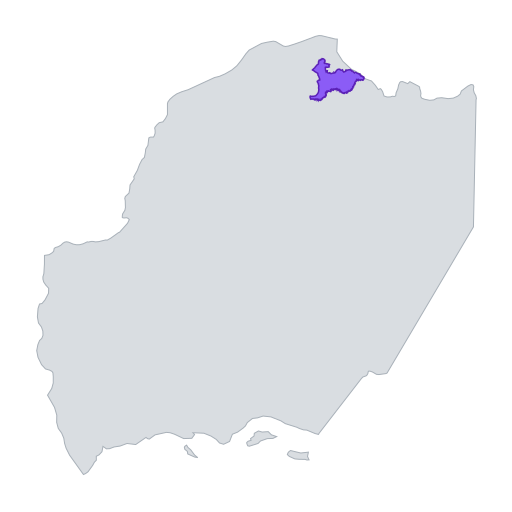 Kasulu, Kigoma, United Republic of Tanzania (highlighted), rotated 91°
{"feature_id": "72390352B21750015500578", "entity_name": "Kasulu", "entity_type": "district", "adm_level": 2, "iso_a3": "TZA", "parent_name": "United Republic of Tanzania", "parent_adm1": "Kigoma", "projection": "orthographic", "projection_center": [30.484, -4.434], "detail": "fine", "context": "in_parent", "style": "filled", "palette": "violet", "viewbox_px": 512, "rotation_deg": 91, "n_neighbors": 0, "source": "geoboundaries", "source_scale": "gbopen_adm2", "svg_char_len": 8721}
<svg xmlns="http://www.w3.org/2000/svg" viewBox="0 0 512 512"><g transform="rotate(91 256 256)"><path d="M178.9,379.6L172.4,376.1L166.4,374.0L161.6,371.6L159.4,369.3L154.9,368.5L151.0,368.1L147.3,366.0L139.8,365.2L139.0,363.8L138.9,360.6L137.6,359.8L134.9,359.0L131.9,359.1L130.1,359.5L129.1,359.3L126.6,357.4L124.4,355.1L123.5,351.4L120.1,348.9L116.2,347.0L105.2,347.2L103.4,346.7L100.8,344.8L97.8,341.6L95.3,338.1L93.1,333.2L90.9,326.7L78.3,300.6L77.0,295.7L74.5,290.2L70.5,283.5L66.2,278.5L60.4,274.0L53.8,269.5L50.2,266.4L43.4,254.2L42.0,248.4L40.9,242.4L41.3,240.0L45.6,232.3L46.0,230.2L45.5,227.3L43.4,221.1L40.7,213.7L35.3,200.2L34.5,196.8L34.6,194.2L37.7,180.5L37.7,178.5L50.4,178.8L59.7,172.7L67.8,163.7L69.4,160.0L72.7,154.2L75.9,151.3L77.1,149.3L79.0,143.6L83.2,139.7L87.4,136.7L86.5,134.6L87.1,133.8L89.4,132.3L93.8,130.8L94.7,127.8L94.6,124.4L93.9,122.5L94.1,120.3L93.4,119.1L90.5,118.8L86.3,117.1L82.6,116.4L80.2,115.4L79.3,114.6L79.0,112.6L81.0,107.3L79.0,105.2L83.4,96.4L84.2,95.4L85.8,95.2L88.4,94.3L90.7,93.9L92.7,94.2L94.1,93.9L95.4,92.9L96.4,89.9L97.3,85.0L96.8,80.9L95.0,77.8L94.5,73.1L95.3,66.7L94.7,61.5L92.7,57.2L90.6,54.7L87.4,53.5L82.4,47.1L80.8,44.0L81.1,42.0L82.8,41.2L86.0,41.5L89.0,40.7L91.9,39.0L94.6,38.4L96.0,38.7L223.1,39.1L370.7,122.9L371.3,124.0L372.4,131.1L372.2,133.5L369.9,137.6L369.2,139.8L369.1,141.3L369.7,141.8L371.6,142.1L373.3,143.1L373.9,143.8L375.1,147.0L376.7,148.5L432.1,189.8L433.3,190.4L432.5,193.8L429.2,202.1L429.0,205.5L427.7,209.6L426.5,212.2L423.1,223.8L420.4,228.2L416.6,238.3L415.9,246.1L417.8,251.6L418.5,256.7L422.7,261.8L426.1,263.6L428.4,266.0L432.4,271.3L434.6,276.5L441.9,279.2L444.8,285.1L443.6,289.2L440.1,292.5L436.8,297.9L434.1,305.0L433.8,316.0L435.6,314.3L439.4,317.0L439.8,325.1L435.6,334.4L434.2,338.8L433.9,342.5L436.6,353.8L440.9,359.5L440.5,361.3L439.3,362.8L446.6,373.0L445.7,381.7L448.4,388.6L449.4,394.5L451.2,399.1L451.4,402.2L449.0,405.7L454.4,406.6L457.6,409.5L459.0,412.2L463.0,412.1L465.0,414.0L468.1,415.6L474.7,420.2L476.5,422.6L477.5,424.7L458.4,438.9L451.5,442.5L446.7,444.1L441.5,445.0L436.5,447.2L431.8,450.7L425.8,452.4L418.6,452.4L410.9,454.8L398.8,462.0L392.0,457.9L386.5,456.5L380.2,456.6L376.4,457.0L375.0,457.9L373.7,460.4L372.6,464.5L368.4,468.5L361.1,472.2L354.4,473.6L348.3,472.5L344.2,470.9L342.1,468.7L339.0,467.6L334.8,467.8L330.7,469.3L326.8,472.3L320.7,473.5L312.3,473.0L307.8,471.6L307.2,469.1L303.6,466.2L296.9,462.8L291.9,462.7L288.6,465.8L285.7,467.8L283.0,468.6L280.6,468.7L277.3,467.8L267.9,467.4L259.1,467.5L258.3,462.9L256.5,460.1L254.9,458.4L251.9,457.9L251.0,456.6L250.1,453.8L248.6,451.3L246.6,449.3L245.4,447.4L245.1,445.6L245.4,443.7L247.3,439.0L247.9,435.8L247.8,432.5L246.8,429.0L244.8,425.0L245.0,423.8L244.3,421.0L244.3,419.1L244.7,416.7L244.4,413.5L242.6,406.7L242.7,405.0L240.8,401.7L235.0,393.9L234.7,392.9L225.5,385.0L221.8,383.3L220.5,384.7L220.0,386.1L220.3,388.6L220.1,389.9L219.7,390.4L217.5,390.3L216.1,390.0L212.6,387.9L209.9,387.4L203.1,387.7L200.7,388.2L198.8,387.7L195.3,384.1L191.0,383.4L187.2,383.2L181.0,379.1L178.9,379.6ZM443.4,250.7L446.3,259.4L445.9,261.0L443.7,261.9L442.6,262.0L441.3,260.6L440.4,257.7L438.7,258.3L436.0,254.8L433.3,254.6L430.9,250.5L431.9,246.8L431.4,240.7L434.5,237.5L436.2,232.2L438.1,235.9L438.4,241.6L440.9,248.3L443.4,250.7ZM458.9,199.4L459.1,201.5L458.5,203.4L458.5,209.5L458.2,213.6L455.8,219.2L454.0,221.2L452.3,220.6L451.0,219.6L449.9,218.1L452.2,207.8L451.2,200.2L455.5,201.0L458.9,199.4ZM450.5,323.8L448.4,324.3L447.5,323.8L446.3,322.1L448.6,320.7L450.9,317.9L456.1,313.9L458.6,310.7L458.1,313.8L455.1,320.8L452.6,321.2L450.5,323.8Z" fill="#d9dde1" stroke="#a8b0b8" stroke-width="1"/><path d="M57.5,193.4L58.2,193.6L58.2,194.3L58.4,194.8L58.9,194.7L59.0,194.9L59.0,195.8L59.2,196.4L59.6,196.5L60.1,196.5L61.0,197.0L61.4,196.8L61.6,196.8L62.9,197.0L63.3,197.4L63.6,198.0L64.5,198.8L66.2,200.2L66.7,200.4L67.9,201.8L68.6,202.4L68.8,202.8L69.1,202.8L69.4,201.8L70.4,200.7L72.3,197.4L74.0,197.2L75.3,196.4L76.8,195.9L77.2,195.6L78.9,195.3L79.1,195.8L79.1,196.5L79.4,196.9L80.2,197.5L80.3,197.8L81.1,197.6L82.7,196.6L83.6,196.6L84.6,196.2L87.0,196.4L88.2,196.1L90.3,196.3L90.9,196.4L92.1,196.9L93.3,197.7L94.8,199.1L95.3,201.3L95.4,203.6L95.1,204.5L95.3,204.7L96.5,204.7L97.4,204.4L98.2,204.0L98.1,203.8L98.3,203.7L98.0,202.7L98.2,202.2L98.0,201.3L98.1,200.7L98.4,200.8L98.6,200.6L98.3,200.5L98.3,200.3L98.7,200.2L98.6,199.8L98.7,199.5L98.4,199.8L98.3,199.5L98.5,199.3L98.4,199.3L98.1,199.4L97.9,198.8L98.1,198.4L98.0,197.6L98.4,197.6L98.9,197.5L98.4,197.2L98.3,196.9L98.6,196.8L98.9,196.6L98.6,196.6L98.7,196.4L98.5,196.1L98.9,196.1L98.9,195.8L99.1,195.6L99.1,195.3L99.3,194.7L99.1,194.6L99.2,194.1L98.8,193.6L98.4,193.6L98.6,193.3L98.4,193.0L98.1,193.2L97.8,192.9L97.8,192.7L97.5,192.5L97.2,192.6L96.9,192.4L96.6,191.8L96.4,191.6L96.4,191.3L96.2,191.3L96.4,191.2L96.0,190.7L95.7,190.6L96.0,190.2L95.9,189.6L95.4,189.2L94.9,189.0L94.6,189.4L94.4,189.3L94.1,189.1L94.0,188.8L93.8,188.9L93.7,188.6L93.1,188.7L93.0,189.0L92.5,189.0L92.4,189.2L92.0,188.9L91.9,189.2L91.1,189.3L91.0,189.1L91.4,189.0L91.5,188.6L91.1,188.2L91.3,188.0L91.3,187.8L91.0,187.9L90.5,187.6L90.0,187.8L90.1,186.9L89.7,186.9L89.6,186.3L90.0,185.7L90.1,185.1L90.1,184.7L90.1,184.0L89.8,183.8L89.7,183.9L89.9,184.0L89.7,184.1L89.2,183.8L88.8,184.2L88.3,184.3L88.2,183.8L87.9,183.5L88.2,183.3L88.4,183.4L88.1,182.9L88.3,182.9L89.0,181.9L88.9,181.8L88.3,181.8L88.1,181.3L87.6,181.1L87.7,180.9L88.2,180.8L88.1,180.7L87.6,180.1L87.5,179.9L88.2,179.4L88.2,178.9L88.1,178.7L87.7,179.0L87.4,178.9L87.3,178.6L87.7,178.3L87.6,178.0L87.2,177.9L87.5,177.5L87.7,178.0L88.5,177.8L88.3,177.7L88.5,177.6L88.4,177.3L88.8,176.7L88.1,176.2L87.8,175.8L87.8,175.5L87.6,175.4L87.9,175.4L88.0,175.3L88.7,175.1L88.9,175.1L89.1,175.6L89.4,175.7L89.7,175.1L89.7,174.8L89.5,174.3L90.2,173.7L90.5,174.2L90.6,173.8L90.4,173.6L90.5,173.4L90.8,173.1L91.2,173.0L91.3,172.9L91.2,172.7L91.3,172.4L91.1,172.4L91.1,172.2L91.3,171.9L91.8,171.8L91.9,171.5L91.9,171.1L91.6,170.8L91.9,170.6L91.9,170.4L91.3,170.3L91.1,170.1L91.1,169.8L90.9,169.2L91.2,168.9L91.0,168.7L91.3,168.7L91.6,168.3L91.4,167.9L91.1,167.6L91.1,167.4L91.0,167.2L90.7,167.2L90.4,167.2L90.2,167.0L89.8,166.9L89.9,166.7L89.3,166.1L89.5,166.0L89.5,165.8L89.4,165.8L89.5,165.6L89.3,165.5L89.4,165.2L89.1,164.9L89.3,164.6L88.8,164.3L88.7,163.9L88.5,164.1L88.1,164.0L88.3,163.7L88.2,163.3L87.7,163.2L87.2,163.1L87.3,162.7L86.5,162.6L86.4,162.4L86.5,162.2L86.3,162.0L85.6,162.0L85.4,162.1L85.3,161.9L85.2,162.1L84.9,162.1L84.8,161.7L84.6,161.7L84.2,161.5L84.1,161.2L83.2,161.1L83.1,160.4L82.8,160.3L82.6,160.5L82.4,160.3L82.4,160.1L82.2,160.0L81.9,159.9L81.9,160.4L81.8,160.5L81.2,160.2L80.7,160.2L80.2,159.8L79.9,159.2L79.6,159.1L79.4,159.2L79.2,159.0L79.2,158.8L79.1,159.0L79.1,158.9L79.1,158.7L78.7,158.6L78.7,158.4L78.6,158.2L78.4,158.2L78.4,157.9L78.1,158.0L78.2,157.8L78.1,157.7L78.0,157.8L78.0,157.7L77.8,157.5L77.7,157.3L77.8,157.2L78.0,157.2L77.9,157.1L77.7,156.8L77.9,156.7L78.1,156.8L77.9,156.5L78.0,156.4L78.1,156.5L78.1,156.3L78.3,156.3L78.1,156.1L78.3,155.6L78.2,155.3L78.6,154.8L78.4,154.4L78.1,154.2L78.0,154.4L77.9,154.2L78.0,153.5L77.9,153.2L78.1,153.0L78.4,152.7L78.3,152.4L78.1,152.4L78.1,152.0L77.9,152.0L77.9,151.8L77.7,151.8L77.4,151.6L77.3,151.3L76.7,151.1L76.4,151.3L76.2,151.3L76.3,151.2L75.9,151.1L75.4,151.3L75.4,151.5L75.1,151.5L74.8,152.1L75.0,152.1L74.8,152.4L74.9,152.6L74.3,153.5L74.3,154.0L74.1,154.1L73.9,154.1L73.9,154.5L73.6,154.7L73.1,155.2L72.9,155.1L72.8,155.3L72.7,155.2L72.5,155.4L72.4,155.4L72.4,155.6L72.2,155.6L72.3,155.9L72.1,156.1L71.6,158.0L70.8,159.2L70.6,159.8L70.7,160.5L70.9,160.7L71.1,160.8L70.9,161.0L70.8,161.3L70.7,161.3L70.5,161.6L70.1,162.1L69.7,162.2L69.4,162.6L69.4,162.9L69.2,163.2L69.2,163.4L68.9,163.7L69.1,163.8L68.7,164.1L68.7,164.3L68.3,164.8L67.9,165.1L68.2,165.8L68.3,167.2L68.7,168.1L68.5,168.7L68.4,169.3L68.8,169.5L69.2,169.4L69.4,169.7L69.8,169.6L70.5,171.4L70.5,171.6L70.2,171.7L69.3,172.6L69.0,172.8L68.6,172.6L68.3,172.8L68.7,173.6L68.8,174.2L68.5,174.8L67.9,175.3L67.8,175.8L68.0,175.9L68.0,176.1L67.8,176.7L68.1,177.6L69.1,178.7L70.3,179.5L71.2,179.8L71.3,180.5L71.2,180.7L71.4,180.6L71.5,181.0L71.8,181.2L71.8,181.6L71.7,181.8L71.7,182.3L72.2,183.4L72.3,184.5L72.0,185.3L71.5,185.3L71.4,185.6L71.8,186.1L71.8,186.9L71.4,187.7L70.5,188.0L69.5,187.9L69.6,188.5L70.6,189.1L69.0,189.7L66.5,190.0L66.1,189.9L65.9,189.1L66.0,189.0L66.1,188.7L66.0,187.2L65.6,186.1L65.1,186.3L64.2,186.4L63.6,185.8L63.4,185.7L63.2,185.9L63.0,186.3L63.1,187.0L62.8,187.2L62.6,187.7L62.7,188.7L62.3,189.3L62.2,189.7L62.3,190.4L62.1,191.0L61.6,191.1L61.2,191.0L60.5,190.5L60.1,190.6L59.8,190.4L59.0,190.5L58.9,190.9L58.2,191.3L57.7,192.1L57.5,193.4Z" fill="#8b5cf6" stroke="#5b21b6" stroke-width="1.5"/></g></svg>